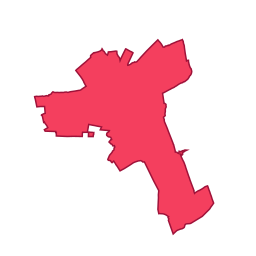 the district of Todireni, Botosani, Romania, rotated 100°
{"feature_id": "2599482B63116977359032", "entity_name": "Todireni", "entity_type": "district", "adm_level": 2, "iso_a3": "ROU", "parent_name": "Romania", "parent_adm1": "Botosani", "projection": "natural_earth1", "projection_center": [27.106, 47.62], "detail": "fine", "context": "isolated", "style": "filled", "palette": "rose", "viewbox_px": 256, "rotation_deg": 100, "n_neighbors": 0, "source": "geoboundaries", "source_scale": "gbopen_adm2", "svg_char_len": 5716}
<svg xmlns="http://www.w3.org/2000/svg" viewBox="0 0 256 256"><g transform="rotate(100 128 128)"><path d="M85.8,183.4L86.0,183.2L86.5,182.8L87.2,182.0L89.7,179.9L90.5,179.5L92.3,178.1L93.2,177.4L94.1,176.5L97.8,180.3L98.7,181.1L99.2,181.9L99.5,183.0L100.7,186.2L102.3,191.1L103.3,193.1L103.4,193.8L103.3,195.0L103.7,196.6L104.2,197.7L104.4,198.9L104.6,200.2L104.9,201.4L105.1,202.2L105.1,203.2L105.3,204.1L105.7,206.0L105.7,207.2L105.4,208.2L106.6,209.1L108.1,209.8L109.2,211.8L109.5,211.7L109.8,211.6L110.0,211.7L110.3,212.2L110.3,213.9L110.5,214.4L110.7,214.7L111.2,215.8L111.5,216.8L111.3,217.7L111.7,218.7L112.2,220.7L112.5,221.7L112.6,222.7L112.6,223.4L113.3,225.4L114.5,225.0L115.0,224.6L123.0,221.4L122.0,217.8L121.3,213.9L127.9,212.1L128.2,212.8L129.8,215.1L130.0,215.4L130.6,215.4L130.9,214.5L134.4,213.1L137.1,212.0L136.6,211.4L137.4,210.9L138.3,210.0L138.8,209.4L140.0,208.2L141.6,207.0L144.2,210.1L145.5,209.1L144.0,198.6L145.1,198.4L145.0,197.8L148.3,197.2L146.9,186.3L145.7,180.5L144.3,171.6L143.1,171.7L142.2,171.9L140.1,172.0L139.1,166.1L143.3,165.5L142.5,160.8L141.8,160.9L141.6,160.8L141.1,160.9L140.5,160.9L140.3,160.7L139.7,160.7L139.5,160.8L138.9,160.9L138.4,160.9L138.5,161.4L138.5,161.6L138.5,162.8L138.6,163.0L138.8,165.6L138.9,165.9L138.8,167.3L131.3,167.3L131.4,163.7L131.4,161.0L131.5,158.9L131.5,154.2L134.6,155.0L133.8,145.9L134.5,146.1L135.0,146.3L135.4,146.6L135.7,147.1L136.2,147.5L136.9,147.9L137.9,147.9L138.4,147.9L139.0,147.6L140.1,145.8L140.0,144.6L140.3,143.3L140.6,143.2L141.7,142.3L142.2,142.1L142.4,142.3L142.6,143.0L142.8,143.1L143.7,143.5L144.4,144.0L144.7,144.2L145.2,144.2L145.3,144.1L145.5,143.8L145.8,143.1L146.5,142.4L146.6,142.1L146.6,141.6L146.8,141.1L147.2,140.6L148.1,140.0L148.3,139.7L148.3,139.4L147.7,138.6L147.7,138.4L147.8,138.3L148.7,137.8L149.0,137.7L149.5,137.8L150.0,138.2L150.3,138.2L150.7,138.2L151.3,138.0L152.1,138.1L152.7,138.5L153.4,139.2L154.6,139.4L158.0,141.4L160.0,141.9L162.2,142.4L162.6,142.4L163.0,142.0L163.1,141.8L163.2,141.5L163.2,140.8L163.2,139.9L163.2,139.6L163.5,139.3L164.4,138.5L164.9,137.7L163.1,136.3L165.5,134.0L166.0,133.7L167.9,131.7L168.7,131.0L171.6,128.4L168.6,124.6L163.9,119.4L161.5,116.9L160.7,115.9L158.7,112.3L157.9,109.7L158.3,108.4L158.9,107.6L158.6,105.9L175.7,93.5L184.1,87.0L184.7,86.8L188.5,86.5L191.4,85.9L203.0,84.4L207.0,82.8L206.9,82.6L206.4,78.5L206.5,77.8L206.7,76.5L207.1,75.2L208.2,72.8L208.4,73.0L209.1,73.1L209.6,72.8L209.6,72.7L210.2,72.1L210.8,72.1L211.9,72.2L224.5,65.1L220.9,62.4L220.2,61.7L218.5,58.9L217.8,57.2L217.0,56.2L216.6,55.8L216.3,55.5L215.9,55.3L213.8,55.1L213.4,55.0L213.1,54.8L212.8,54.6L212.5,54.2L212.2,53.7L211.5,50.9L211.2,50.0L210.8,49.4L202.1,39.5L193.8,33.7L193.3,33.4L191.5,32.7L188.9,31.4L187.1,30.6L183.4,32.8L180.6,34.2L179.5,34.9L176.2,36.7L174.9,37.5L171.6,39.3L171.2,39.6L171.9,41.0L172.8,42.3L173.9,43.2L174.5,43.9L174.8,44.2L175.9,45.4L176.3,46.1L177.0,46.6L177.3,47.4L177.8,48.1L179.8,50.3L180.1,50.6L180.8,51.1L178.6,52.3L178.3,52.1L168.3,58.0L167.1,58.6L164.7,60.0L156.3,64.6L155.7,64.8L154.4,65.6L153.0,66.4L151.3,67.5L150.5,68.2L149.2,69.1L148.5,69.6L147.1,70.5L144.7,72.0L144.6,71.9L144.5,71.7L145.0,70.3L145.2,70.1L144.6,69.6L144.2,69.7L143.1,69.8L142.8,69.8L142.5,69.6L141.8,69.0L141.5,68.6L141.5,68.4L140.9,68.0L140.5,67.5L140.3,67.3L140.1,66.9L139.6,66.2L139.7,67.1L139.7,67.6L139.8,68.2L140.6,69.4L140.9,70.4L141.2,70.6L141.5,71.1L141.8,71.1L142.1,71.6L141.8,71.7L142.2,72.4L142.2,72.6L142.2,72.8L142.0,73.6L144.3,73.6L144.3,73.9L143.8,75.1L143.4,75.7L143.4,75.9L143.4,76.2L143.5,77.2L142.2,77.6L140.4,78.4L137.6,79.7L136.4,80.2L136.2,80.5L134.7,81.3L125.1,87.2L123.6,88.1L121.5,89.3L116.2,92.7L115.9,93.0L113.8,93.8L113.4,93.8L113.2,93.8L112.1,94.6L111.2,94.9L109.4,93.5L107.6,94.1L105.1,94.1L103.7,94.4L102.7,94.5L102.2,94.5L101.3,94.2L100.8,94.1L100.1,94.2L99.0,94.6L98.1,94.7L98.0,94.9L97.7,95.5L97.2,96.4L97.2,96.6L97.3,96.8L87.8,100.0L86.0,97.6L82.8,93.6L82.6,93.2L81.3,91.7L80.6,90.6L79.8,89.5L78.8,88.6L78.1,87.6L77.0,86.6L76.8,86.3L76.4,86.0L75.1,84.4L74.6,83.7L74.1,82.6L73.7,81.9L72.9,81.4L72.6,80.3L71.1,79.0L70.5,78.4L69.9,78.0L69.7,77.7L67.5,76.7L66.5,76.5L66.0,76.3L65.4,75.7L64.1,75.3L63.8,75.1L62.3,75.0L61.4,75.0L60.0,75.5L59.7,75.7L58.6,76.2L57.9,77.1L56.9,77.7L56.1,78.2L54.9,78.8L54.4,79.1L54.2,79.1L52.2,79.9L50.8,80.2L50.8,80.4L50.9,80.8L51.8,82.0L44.0,84.8L38.4,86.6L37.8,86.7L36.3,87.3L35.7,87.8L34.9,88.0L34.1,88.4L33.2,88.6L32.7,88.9L32.2,89.5L31.5,89.8L31.8,90.2L32.3,91.2L33.3,92.8L34.4,94.9L35.4,96.3L37.7,99.9L38.2,100.5L39.7,102.1L39.4,102.7L39.7,103.0L40.5,104.2L40.6,104.7L40.8,105.4L41.0,105.6L41.6,105.8L42.0,106.2L42.1,106.6L42.2,107.5L39.7,109.6L38.0,111.4L37.4,112.3L36.0,113.9L36.7,114.4L43.3,119.1L43.9,119.5L48.9,123.0L56.3,127.8L58.4,129.0L59.3,129.6L61.2,130.8L61.9,132.1L61.8,132.8L62.0,132.8L62.2,133.1L62.7,134.4L62.8,134.6L63.0,134.7L63.3,135.4L64.4,136.2L64.5,136.5L64.8,136.6L66.0,138.3L66.2,138.7L66.3,139.1L65.7,139.3L64.2,139.1L53.1,136.1L52.4,137.6L52.1,139.0L50.4,143.9L50.6,144.1L56.7,145.9L61.1,147.1L62.9,147.5L61.8,147.9L60.5,148.5L60.0,148.9L59.0,150.1L57.2,151.5L56.3,151.9L55.3,152.1L54.5,152.3L54.3,152.4L54.4,153.5L55.5,157.0L55.7,157.5L56.5,160.6L57.0,160.6L57.8,160.6L59.8,160.9L59.2,162.1L58.7,163.1L56.7,164.9L56.6,165.3L56.6,165.6L56.4,165.8L55.4,166.5L54.8,167.0L54.5,167.3L54.9,167.4L55.5,167.5L55.7,167.4L56.0,167.6L56.2,168.1L57.2,169.0L58.3,170.9L58.6,171.7L59.0,172.4L59.1,172.8L59.4,173.3L59.5,173.9L59.7,174.1L59.8,174.1L59.9,174.4L59.9,174.9L61.2,175.9L61.6,176.3L62.8,177.2L63.4,177.4L65.0,177.0L65.7,177.6L66.5,178.2L67.3,178.9L70.3,181.2L73.7,184.1L76.1,186.0L77.9,187.5L79.3,188.7L80.2,189.3L80.4,189.4L85.8,183.4Z" fill="#f43f5e" stroke="#9f1239" stroke-width="1.5"/></g></svg>